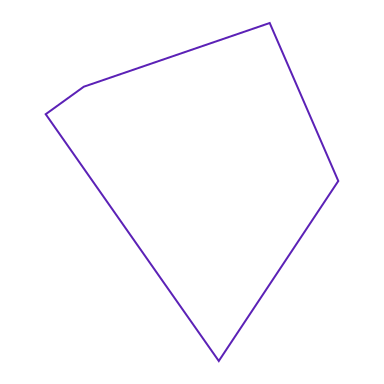 Transnistria, Robinson projection
{"feature_id": "MDA-1638", "entity_name": "Transnistria", "entity_type": "District", "adm_level": 1, "iso_a3": "MDA", "parent_name": "Moldova", "parent_adm1": "", "projection": "robinson", "projection_center": [29.154, 47.261], "detail": "fine", "context": "isolated", "style": "outline", "palette": "violet", "viewbox_px": 384, "rotation_deg": 0, "n_neighbors": 0, "source": "natural_earth", "source_scale": "10m", "svg_char_len": 230}
<svg xmlns="http://www.w3.org/2000/svg" viewBox="0 0 384 384"><path d="M218.8,361.0L162.9,281.4L45.7,114.2L46.4,113.7L83.8,86.7L269.7,23.0L338.3,181.0L219.1,360.5L218.8,361.0Z" fill="none" stroke="#5b21b6" stroke-width="2"/></svg>